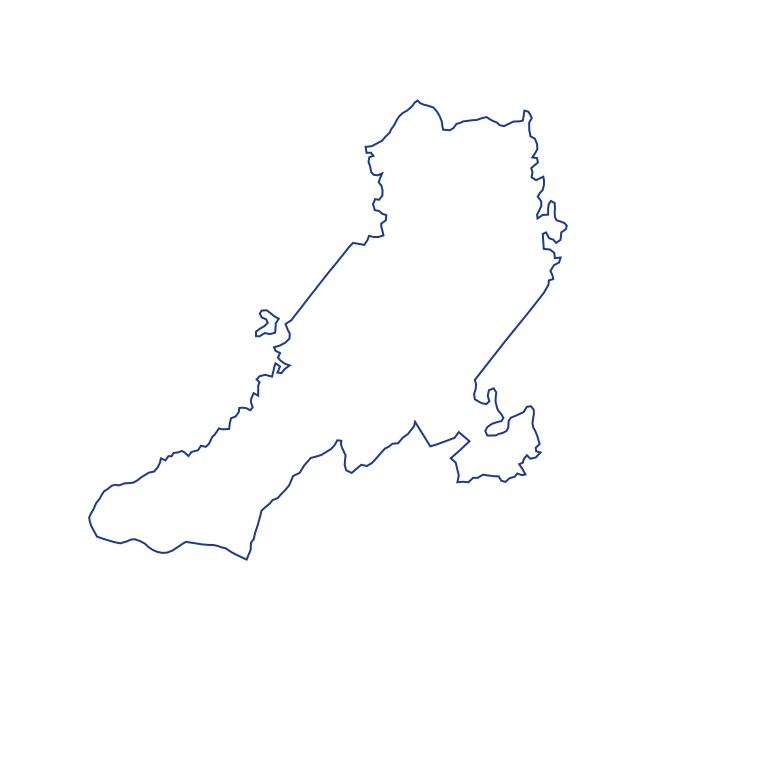 the district of Ijuí, Rio Grande do Sul, Brazil, rotated 220°
{"feature_id": "56859067B40890033083264", "entity_name": "Ijuí", "entity_type": "district", "adm_level": 2, "iso_a3": "BRA", "parent_name": "Brazil", "parent_adm1": "Rio Grande do Sul", "projection": "mercator", "projection_center": [-53.893, -28.297], "detail": "fine", "context": "isolated", "style": "outline", "palette": "blue", "viewbox_px": 768, "rotation_deg": 220, "n_neighbors": 0, "source": "geoboundaries", "source_scale": "gbopen_adm2", "svg_char_len": 5256}
<svg xmlns="http://www.w3.org/2000/svg" viewBox="0 0 768 768"><g transform="rotate(220 384 384)"><path d="M519.0,141.0L521.6,136.2L524.9,134.2L527.1,131.2L528.1,126.2L529.5,121.8L528.9,117.2L528.1,113.4L527.9,107.7L526.2,102.0L525.3,96.8L524.1,92.3L521.6,90.1L517.7,87.4L513.8,85.8L505.7,82.6L500.5,84.6L495.2,86.8L489.4,89.3L483.5,92.5L479.7,98.4L477.7,102.4L475.1,104.9L469.7,106.9L464.5,108.0L459.2,107.7L454.4,108.3L449.9,109.6L445.3,112.1L441.7,115.5L439.0,120.4L437.0,127.1L435.6,132.1L434.2,135.8L427.6,139.8L420.3,144.2L414.5,148.3L411.2,151.0L407.4,153.0L402.9,154.7L399.9,156.3L392.8,157.1L388.1,158.1L376.4,161.2L379.5,171.2L383.8,176.8L384.2,181.7L386.9,186.8L390.3,195.4L394.3,204.0L396.4,208.2L395.7,213.5L394.6,219.2L394.8,223.4L392.1,228.3L391.9,234.4L391.5,239.7L391.5,245.4L394.5,255.1L391.5,261.7L392.8,270.4L392.6,276.6L392.6,280.3L390.2,283.5L386.4,289.3L384.6,294.8L382.6,300.6L382.6,306.1L383.6,310.8L380.2,313.1L378.3,310.2L375.2,308.2L367.5,304.6L364.5,300.0L362.1,296.7L357.6,293.6L351.6,295.1L349.5,307.5L344.5,310.1L342.5,315.5L342.2,319.8L341.8,335.1L340.2,338.6L339.1,343.7L335.1,347.7L335.1,354.9L333.5,361.0L333.9,371.2L335.9,375.0L308.4,366.0L304.4,372.2L295.3,388.1L295.8,395.2L281.7,395.1L283.3,382.0L285.1,370.0L278.6,369.9L267.9,362.0L264.6,355.9L260.9,359.7L256.2,363.0L255.4,369.3L251.9,372.4L249.9,378.1L246.8,380.0L240.1,384.3L236.8,387.0L231.9,385.3L228.0,387.1L227.4,392.1L224.2,397.2L224.4,401.1L219.7,402.9L217.5,405.6L222.6,407.6L228.9,409.5L227.1,412.8L228.7,416.7L228.7,421.3L223.9,420.8L220.5,425.3L220.1,432.1L224.2,430.3L226.8,432.7L226.2,438.1L232.7,442.4L237.2,444.9L241.8,446.7L245.0,449.3L247.6,453.4L250.1,457.7L252.9,460.6L257.2,461.4L259.9,458.4L259.0,452.2L262.7,444.4L265.2,439.7L264.7,435.8L260.7,430.3L260.0,426.7L261.6,422.8L263.6,420.1L265.5,416.3L271.7,410.9L276.2,413.1L277.2,417.3L275.8,422.6L273.4,426.7L270.2,431.1L270.7,434.7L274.7,436.3L278.8,436.9L281.7,438.1L287.2,442.2L289.6,445.2L292.6,449.7L297.2,451.2L299.6,446.7L297.0,441.7L292.2,438.5L292.6,434.6L296.3,432.3L300.6,431.3L304.5,430.7L308.4,434.0L310.4,438.8L313.3,443.0L317.0,445.5L318.6,491.7L318.8,499.4L319.2,525.8L319.6,540.8L320.2,556.9L321.8,565.7L324.3,569.4L321.8,573.1L324.7,575.5L329.2,577.6L330.2,584.3L328.0,589.6L330.0,594.4L334.1,590.2L337.8,593.9L343.3,593.7L348.5,590.2L352.0,593.9L355.9,597.9L358.8,601.0L357.3,604.3L351.4,601.8L347.0,603.4L342.8,602.7L341.5,607.9L343.5,611.1L345.7,614.1L344.2,619.2L345.6,622.7L349.0,623.3L352.8,622.1L357.1,620.3L360.4,621.9L363.2,624.7L365.9,628.4L369.5,632.3L373.8,631.5L373.4,627.8L371.1,623.9L367.1,619.2L371.1,615.5L372.8,609.5L375.6,612.1L376.4,615.9L377.9,621.5L381.0,625.0L386.7,626.4L387.4,630.8L387.1,634.5L389.5,639.4L392.2,642.7L395.2,645.2L398.5,637.9L403.8,637.2L406.5,641.8L410.0,644.0L408.5,652.7L412.1,655.4L416.0,652.9L416.7,658.8L417.5,662.5L421.0,666.2L426.2,668.9L431.0,667.9L436.2,672.1L440.8,677.6L441.8,682.8L445.1,684.3L448.5,685.4L452.2,683.6L449.7,679.8L447.0,675.0L449.2,672.1L453.5,668.3L455.6,663.7L457.7,658.9L461.7,656.6L465.7,656.8L470.0,655.4L473.3,654.8L477.0,654.4L480.2,650.1L482.9,645.6L485.9,642.9L489.0,639.4L492.0,636.2L493.5,633.0L495.7,629.9L495.3,624.8L496.6,620.8L499.4,618.8L502.2,616.8L505.2,619.2L508.7,622.4L513.7,625.0L518.1,626.6L523.8,627.6L529.6,625.3L533.1,623.5L536.9,622.4L540.5,622.7L541.4,619.2L541.0,615.1L541.5,611.4L542.2,607.8L543.8,603.7L544.4,599.4L544.0,594.7L542.6,589.0L542.2,583.5L541.2,580.0L541.8,574.7L541.9,569.0L544.0,563.9L546.2,558.4L550.5,553.8L546.0,549.9L542.6,552.8L538.8,552.0L541.0,548.3L538.6,544.2L534.0,541.4L529.8,537.9L526.2,537.7L522.9,539.9L520.8,544.1L519.2,538.9L517.7,535.1L513.3,534.2L509.5,531.3L506.4,527.3L506.2,521.9L509.6,520.0L508.1,514.8L502.9,511.3L498.8,513.4L494.5,513.3L490.9,514.9L487.8,510.7L489.2,504.9L486.4,502.1L483.2,500.0L479.9,497.5L482.7,493.1L486.4,490.0L490.7,487.8L489.2,483.7L488.5,477.8L493.5,475.1L498.5,472.1L498.8,465.9L498.6,460.2L498.5,456.1L498.4,451.4L498.3,447.7L498.2,441.7L498.2,434.9L498.0,429.9L497.8,422.3L497.6,415.4L497.3,410.3L497.3,406.7L497.1,401.5L496.9,396.0L496.7,392.1L496.5,388.2L496.4,383.9L496.2,377.9L495.9,373.4L498.0,366.7L493.3,364.0L488.6,362.0L485.7,358.3L486.1,352.4L488.6,346.3L491.9,341.5L488.4,339.7L483.5,340.9L482.1,336.0L478.4,335.4L472.9,335.8L468.2,337.6L469.7,331.6L469.6,326.4L473.0,324.3L474.9,330.6L480.4,330.1L479.0,326.7L474.5,317.7L480.9,314.7L484.4,309.8L484.5,305.6L480.4,305.4L479.4,302.0L472.9,294.2L478.0,293.2L476.3,287.4L474.4,284.6L469.5,281.7L469.6,277.9L473.9,277.0L477.1,275.0L479.5,272.5L477.2,269.2L476.8,263.6L479.2,259.4L476.6,254.3L473.7,250.0L478.7,245.4L481.9,243.8L481.1,236.5L481.6,233.0L480.4,228.8L479.6,225.0L480.2,221.3L484.5,219.0L483.9,213.7L487.8,208.2L487.5,203.1L492.5,203.4L495.9,202.7L497.8,199.2L500.9,195.9L500.2,192.2L502.8,190.1L502.3,185.0L507.1,183.6L505.1,179.9L503.8,175.0L503.8,169.2L507.1,165.1L508.3,161.4L509.8,157.3L510.9,151.8L512.6,147.4L515.4,144.4L519.0,141.0ZM506.6,366.4L511.6,365.4L516.4,365.3L521.2,365.1L524.9,361.6L524.5,358.1L520.4,356.4L516.0,357.8L512.4,356.2L512.8,351.5L514.5,346.9L515.7,341.7L512.8,338.4L510.0,340.5L508.1,346.3L503.5,348.9L500.4,353.3L503.0,357.1L505.9,361.0L506.6,366.4Z" fill="none" stroke="#1e3a8a" stroke-width="2"/></g></svg>